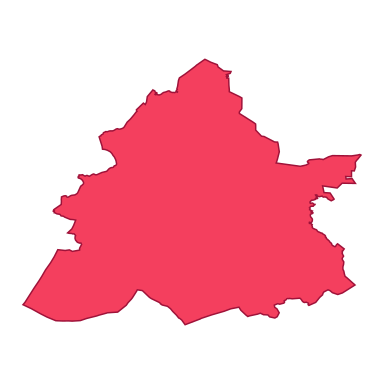 outline of Ambeļu pag., Daugavpils, Latvia
{"feature_id": "27541924B25126117723417", "entity_name": "Ambeļu pag.", "entity_type": "district", "adm_level": 2, "iso_a3": "LVA", "parent_name": "Latvia", "parent_adm1": "Daugavpils", "projection": "robinson", "projection_center": [26.898, 56.048], "detail": "fine", "context": "isolated", "style": "filled", "palette": "rose", "viewbox_px": 384, "rotation_deg": 0, "n_neighbors": 0, "source": "geoboundaries", "source_scale": "gbopen_adm2", "svg_char_len": 5910}
<svg xmlns="http://www.w3.org/2000/svg" viewBox="0 0 384 384"><path d="M361.0,155.1L359.8,154.5L357.8,155.0L351.5,155.9L332.5,155.6L328.6,156.8L323.1,159.6L322.0,159.2L320.7,159.2L319.5,158.9L309.2,159.9L307.6,161.2L307.4,161.6L307.6,162.2L308.2,162.5L308.6,162.9L308.7,163.6L306.2,165.0L300.3,166.3L276.2,163.0L277.4,159.3L279.3,151.8L278.1,143.8L277.6,142.1L276.4,142.1L274.4,141.9L264.1,136.5L261.5,136.2L255.7,130.1L255.7,125.8L255.6,124.0L253.6,122.5L239.4,113.5L239.3,112.1L241.8,108.7L241.9,98.0L239.5,96.6L229.3,91.7L229.3,89.5L228.9,85.3L228.7,78.2L226.9,78.1L227.0,77.7L226.3,76.5L226.5,76.1L227.2,76.7L227.5,76.8L228.3,76.4L228.4,76.1L227.9,75.1L226.8,74.5L230.1,73.4L230.4,73.0L231.0,71.5L223.5,70.9L218.1,67.0L217.3,64.7L210.7,62.2L207.4,60.5L204.9,59.3L196.6,65.1L195.2,66.4L185.2,74.0L179.4,77.9L178.5,80.3L177.6,86.3L176.9,88.8L177.3,89.4L176.5,90.2L176.2,90.8L176.3,91.1L177.3,91.7L177.5,91.9L177.3,92.2L176.4,91.7L175.5,92.0L174.8,92.6L173.1,92.4L172.2,92.5L170.4,91.9L169.8,91.6L169.6,91.0L168.3,90.9L165.9,91.9L163.5,92.5L162.1,93.4L161.5,94.1L159.5,94.9L159.0,95.0L156.7,94.5L155.4,94.7L155.0,94.3L155.8,93.3L156.7,93.4L157.0,93.1L156.7,92.7L155.4,92.3L155.1,91.9L154.9,91.0L154.1,90.5L153.3,90.3L152.9,89.9L147.3,96.6L146.5,102.0L145.3,104.5L143.4,103.1L136.4,109.8L136.7,111.2L136.9,111.3L135.9,112.3L134.1,114.7L130.3,119.2L127.2,122.1L124.5,126.5L123.8,127.5L122.4,128.4L120.1,129.1L118.9,129.2L117.6,128.7L116.9,128.8L116.0,129.1L114.2,130.3L112.6,130.9L110.3,130.9L109.3,131.0L107.4,131.7L105.5,131.6L104.7,132.2L103.8,132.5L103.4,132.8L103.1,133.9L102.9,134.1L101.7,134.7L101.0,135.3L100.9,135.8L100.4,135.9L99.1,136.8L102.1,146.3L102.5,149.2L105.1,149.5L107.5,150.3L110.3,151.8L111.9,153.5L113.1,155.5L114.3,156.9L115.4,159.1L116.0,160.7L116.6,163.9L116.4,164.7L115.5,165.5L114.2,165.9L113.5,167.1L112.6,167.5L111.2,167.6L109.5,168.4L108.8,169.0L106.7,171.3L101.8,172.5L96.9,174.7L95.5,174.8L93.8,174.0L93.4,174.0L92.2,174.5L89.3,176.3L87.0,175.4L85.9,175.7L85.3,176.1L84.7,176.0L83.1,175.1L82.7,174.7L80.8,175.0L79.7,174.9L79.0,175.0L78.9,176.5L78.3,176.5L78.1,177.1L78.2,177.8L78.9,178.2L80.4,178.6L81.9,179.7L83.0,181.2L83.5,182.3L83.6,183.2L83.3,184.0L82.4,184.9L80.7,186.2L77.7,192.8L76.9,193.7L74.9,194.9L71.8,195.3L70.6,195.7L68.7,196.9L68.0,197.2L67.3,197.2L66.8,196.9L66.5,196.4L66.5,196.1L65.3,195.7L63.6,196.0L61.5,196.9L61.5,197.2L61.3,199.4L61.4,201.6L61.2,204.5L54.4,209.2L53.7,209.8L53.4,210.5L53.4,210.9L53.9,210.9L53.6,211.3L54.3,211.4L54.4,211.7L54.5,212.1L54.4,212.1L54.5,212.4L54.2,212.4L54.2,212.7L54.4,212.7L54.6,212.5L54.8,212.8L57.0,213.9L59.8,214.3L60.2,214.7L60.7,215.4L61.1,215.9L63.3,216.2L63.9,216.5L64.4,217.0L70.2,219.4L73.2,219.6L75.7,220.1L73.6,225.5L71.8,229.0L67.6,232.9L69.0,233.3L71.7,233.5L72.7,233.9L74.0,233.8L75.2,235.0L75.6,235.6L75.5,236.0L75.2,236.3L75.0,238.2L75.5,240.0L77.1,242.0L77.9,242.5L79.5,243.1L80.9,243.0L81.6,244.4L79.6,248.3L79.6,250.1L72.3,251.4L71.2,250.8L69.4,249.9L65.2,250.5L57.8,249.7L54.2,256.8L50.5,262.9L45.6,269.8L41.9,276.2L39.0,280.8L34.0,288.2L25.0,302.3L23.0,304.7L31.4,308.7L40.6,313.8L47.1,317.1L55.8,320.7L62.9,321.0L68.5,320.9L72.1,321.1L80.3,320.6L86.8,318.4L96.5,316.0L99.2,315.1L106.2,313.2L107.3,312.8L117.7,312.1L126.3,305.2L128.0,302.7L131.3,299.2L132.4,297.8L136.6,291.2L137.3,289.8L142.4,290.6L149.4,297.3L151.3,298.6L159.2,302.4L160.8,303.8L160.7,304.0L162.2,305.0L167.5,306.3L170.5,308.7L172.8,311.5L176.5,315.2L178.7,318.0L179.7,318.4L181.7,320.0L185.1,324.7L200.6,318.8L200.8,318.5L211.9,314.8L224.0,311.3L230.8,308.8L239.0,307.2L240.8,310.2L246.0,315.1L247.8,316.5L249.4,315.9L257.7,314.1L260.3,313.2L263.5,314.7L267.8,314.9L269.7,316.9L274.9,318.0L277.2,316.7L279.2,312.8L276.9,308.8L274.7,307.3L274.3,305.1L277.7,303.7L279.7,304.2L283.6,303.2L284.1,302.9L284.6,302.0L284.1,301.0L284.3,300.6L285.8,300.0L286.9,298.7L287.7,298.5L288.9,298.7L289.2,298.4L292.2,298.8L299.9,298.2L301.2,299.4L302.6,301.5L303.8,302.3L304.5,302.5L306.3,302.2L308.4,303.2L308.5,303.8L308.1,304.5L308.2,304.8L308.9,305.4L315.7,302.4L319.7,297.4L322.6,294.8L322.8,293.7L323.8,292.0L328.0,289.8L330.1,290.7L332.4,292.7L337.8,294.5L342.5,292.9L355.0,285.0L346.5,277.4L345.1,276.4L344.4,274.0L343.8,271.1L342.9,269.3L342.9,266.8L343.6,264.3L343.8,261.9L342.4,259.7L342.2,258.3L343.6,256.1L342.2,253.6L342.3,253.5L342.4,253.3L342.2,251.8L342.5,251.6L342.3,251.0L343.3,250.2L344.2,248.9L337.6,243.8L336.5,244.7L335.5,246.5L334.6,246.6L332.6,245.5L331.9,244.8L331.5,243.5L331.1,243.0L330.2,242.4L329.2,240.9L328.1,240.1L327.9,239.6L326.4,238.6L326.3,237.7L325.4,237.0L325.6,236.6L325.4,236.3L325.4,235.8L325.1,235.6L324.9,235.2L322.4,233.6L321.9,233.0L321.0,233.0L319.3,232.1L318.4,231.9L317.4,231.1L316.7,230.0L315.7,229.4L314.9,229.3L314.2,228.8L313.5,228.6L312.3,227.6L312.3,226.2L311.7,225.2L312.2,224.6L311.1,223.7L309.4,223.4L309.3,222.3L309.5,222.2L310.6,222.6L311.2,222.6L311.6,222.3L312.3,221.0L312.4,219.2L312.2,218.8L311.6,217.9L310.7,217.0L310.3,215.5L310.3,214.7L310.5,214.2L312.0,213.8L312.3,213.3L313.0,213.0L313.0,212.8L312.6,212.3L311.7,212.5L311.2,212.3L311.1,211.5L312.1,210.9L309.6,209.7L310.0,208.7L310.0,208.2L309.5,207.8L310.3,206.8L311.2,206.3L313.3,206.2L314.0,205.2L314.8,204.8L315.0,204.4L313.8,204.2L313.1,203.4L312.3,203.0L310.4,203.3L310.2,203.2L310.1,202.6L309.9,202.1L311.5,200.3L313.2,200.1L315.4,199.4L315.6,199.1L315.4,198.4L315.6,198.2L316.8,198.7L317.6,198.4L317.6,198.2L316.9,197.4L316.5,196.5L316.3,196.3L315.5,195.0L316.1,194.8L317.1,195.2L317.0,196.2L317.5,196.4L318.4,196.4L319.2,196.7L322.1,196.1L323.1,197.0L323.6,197.1L324.7,196.9L326.5,197.3L326.9,197.5L327.4,198.5L328.0,199.0L331.2,200.8L333.6,199.6L334.1,199.1L330.1,193.0L324.0,192.6L322.6,185.9L337.2,188.0L342.1,183.2L355.4,183.4L352.1,178.6L346.1,179.0L345.7,176.5L351.5,176.7L351.5,170.8L354.3,170.9L355.6,167.0L355.3,162.3L356.5,160.5L357.9,159.0L361.0,155.1Z" fill="#f43f5e" stroke="#9f1239" stroke-width="1.5"/></svg>